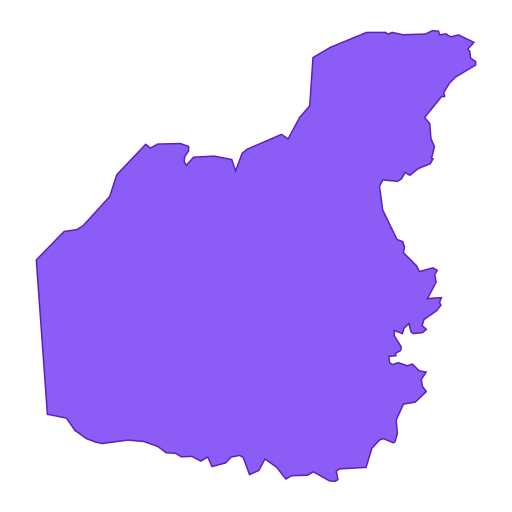 the district of Louvet, Dennery, Saint Lucia
{"feature_id": "8701671B45979799747328", "entity_name": "Louvet", "entity_type": "district", "adm_level": 2, "iso_a3": "LCA", "parent_name": "Saint Lucia", "parent_adm1": "Dennery", "projection": "albers", "projection_center": [-60.883, 13.961], "detail": "medium", "context": "isolated", "style": "filled", "palette": "violet", "viewbox_px": 512, "rotation_deg": 0, "n_neighbors": 0, "source": "geoboundaries", "source_scale": "gbopen_adm2", "svg_char_len": 1897}
<svg xmlns="http://www.w3.org/2000/svg" viewBox="0 0 512 512"><path d="M36.3,259.9L47.4,414.3L66.4,418.1L75.0,430.5L86.4,438.6L95.6,442.1L102.3,443.5L128.0,440.1L143.8,441.5L157.7,446.4L166.1,452.7L175.4,453.3L181.3,456.8L192.0,456.4L200.8,461.1L207.8,457.0L212.0,466.6L225.6,462.9L231.1,457.1L239.7,455.4L243.2,457.4L249.5,474.6L258.9,470.4L264.9,459.0L276.6,467.2L285.9,479.0L291.5,475.7L307.6,475.2L313.5,471.8L329.5,480.9L335.0,481.3L337.9,479.7L336.3,471.0L339.5,468.9L366.1,467.4L371.8,448.3L379.9,439.7L383.7,438.7L393.3,442.8L395.0,441.7L397.4,433.4L396.2,420.0L403.4,404.1L415.2,402.1L426.3,391.6L422.4,386.3L421.3,379.5L426.1,372.1L419.0,370.8L412.4,364.0L407.3,365.8L398.4,362.7L392.4,364.6L389.6,362.8L388.8,356.4L396.0,355.7L395.3,353.4L400.7,350.4L401.2,346.8L394.2,335.6L394.4,330.5L402.4,333.6L404.0,328.2L408.9,323.6L411.0,331.8L413.3,333.6L422.5,332.6L426.4,329.3L422.1,325.7L424.0,319.5L436.7,310.6L440.9,305.2L439.5,302.5L441.4,297.6L427.5,298.6L436.1,282.1L434.7,274.8L437.2,270.4L433.1,267.8L419.3,271.6L416.7,266.0L403.5,252.7L404.5,247.0L402.7,241.6L397.0,239.5L382.7,210.0L379.5,186.3L382.8,179.9L397.5,181.3L401.5,178.8L405.1,172.5L409.9,175.3L418.3,168.5L430.2,163.8L433.0,158.9L431.5,158.4L434.5,146.7L430.9,138.5L429.8,123.7L424.6,117.5L441.5,96.6L444.6,96.6L443.7,92.6L449.4,83.2L455.4,77.1L475.6,65.0L475.7,61.6L470.6,58.2L469.8,51.2L467.6,49.3L473.9,42.4L458.5,34.9L450.6,36.9L445.9,33.8L439.7,34.9L438.5,31.1L432.4,30.7L425.2,34.1L402.6,34.7L392.1,32.4L388.2,34.1L385.4,32.4L366.6,32.4L330.7,47.2L313.0,57.5L309.7,105.9L299.7,117.3L288.1,139.0L281.5,134.4L247.2,149.2L242.2,153.2L235.6,170.9L231.7,159.5L214.0,156.1L193.6,157.2L186.4,165.2L184.2,161.8L184.7,156.6L188.6,150.9L188.6,146.4L180.3,143.5L157.6,144.1L150.4,148.1L145.7,144.3L116.8,174.7L109.7,196.5L83.4,225.4L76.9,229.6L64.1,231.5L36.3,259.9Z" fill="#8b5cf6" stroke="#5b21b6" stroke-width="1.5"/></svg>